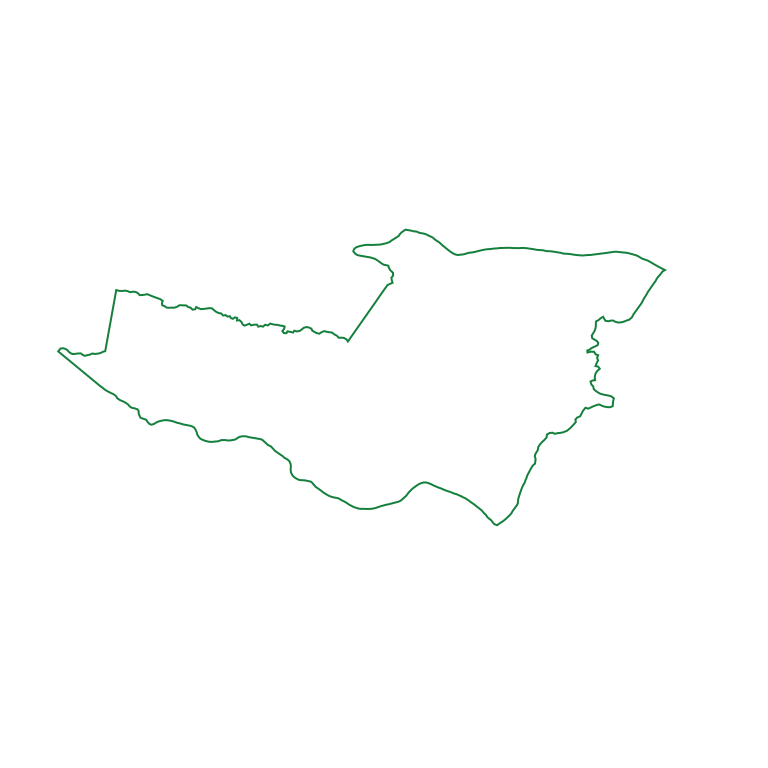 Igarapé-Miri, Pará, Brazil, rotated 73°
{"feature_id": "56859067B62741857059247", "entity_name": "Igarapé-Miri", "entity_type": "district", "adm_level": 2, "iso_a3": "BRA", "parent_name": "Brazil", "parent_adm1": "Pará", "projection": "natural_earth1", "projection_center": [-49.142, -2.076], "detail": "fine", "context": "isolated", "style": "outline", "palette": "green", "viewbox_px": 768, "rotation_deg": 73, "n_neighbors": 0, "source": "geoboundaries", "source_scale": "gbopen_adm2", "svg_char_len": 6117}
<svg xmlns="http://www.w3.org/2000/svg" viewBox="0 0 768 768"><g transform="rotate(73 384 384)"><path d="M357.2,82.0L352.7,86.6L349.1,90.1L345.2,93.6L343.0,95.8L339.6,100.5L335.9,103.8L334.4,105.6L333.2,107.5L331.5,110.1L329.7,113.1L325.4,123.3L324.7,126.1L323.5,134.2L322.7,138.6L321.0,148.7L320.2,151.6L319.2,156.4L318.0,159.6L315.9,164.5L313.8,168.8L311.6,174.6L310.3,176.5L306.7,183.8L305.3,187.1L304.5,189.7L302.8,192.4L300.4,198.6L299.1,201.0L295.7,208.2L294.4,211.6L293.5,215.3L291.6,221.2L290.6,223.6L288.9,229.6L287.8,233.6L287.2,236.9L286.6,239.3L286.0,243.1L285.3,245.8L284.9,248.6L284.6,251.4L284.2,259.2L283.9,261.8L283.3,264.4L283.3,269.9L282.2,275.8L280.7,278.3L278.5,280.5L276.9,281.8L272.5,284.9L270.4,286.2L268.6,287.5L264.6,289.8L262.6,291.6L260.5,293.2L258.1,294.6L255.9,297.1L254.1,299.0L252.6,300.7L251.2,303.1L249.9,305.8L247.8,308.2L246.7,310.9L245.4,312.9L242.7,318.4L244.1,322.8L245.2,324.8L246.7,326.7L247.4,329.1L249.0,334.9L249.9,337.3L250.0,340.4L249.9,343.1L249.7,346.0L249.0,349.1L247.6,354.5L245.9,359.8L245.4,362.6L245.0,366.7L245.2,371.1L246.4,373.4L248.3,374.6L251.0,373.4L252.9,371.8L254.5,369.0L259.1,359.8L261.9,355.8L264.8,353.4L267.8,351.2L269.7,349.6L272.1,345.3L274.1,345.3L276.8,344.8L280.3,342.9L283.0,343.6L284.6,345.9L286.7,346.2L289.7,346.2L290.0,349.1L290.5,351.9L298.7,362.5L303.4,368.4L332.8,406.1L330.4,406.8L328.2,408.9L327.2,411.3L326.6,413.7L324.1,414.9L322.0,417.0L319.7,418.6L317.3,423.6L316.0,425.6L316.1,428.3L317.0,431.1L315.7,433.4L314.1,435.1L312.0,437.0L310.0,437.2L308.3,438.9L306.9,441.3L306.8,444.3L307.8,446.7L308.6,449.1L308.3,451.9L306.8,454.1L308.2,455.8L305.4,460.9L306.9,462.5L306.0,464.9L303.6,465.7L302.2,463.5L300.0,462.2L298.6,464.3L297.7,466.4L296.4,468.3L295.6,470.6L294.5,472.8L293.0,475.0L294.0,477.9L292.6,480.4L293.8,482.9L292.5,484.9L292.4,487.5L290.1,488.1L289.3,490.9L289.0,494.0L287.0,495.1L287.4,500.4L285.5,501.8L283.0,502.2L280.7,503.6L280.3,506.0L277.9,505.1L276.7,507.1L277.5,509.4L276.1,511.2L274.1,511.6L273.8,513.9L271.8,515.3L271.5,517.8L268.9,519.1L267.7,521.6L265.8,523.5L263.5,525.1L261.4,526.3L260.3,529.1L259.9,532.2L258.9,537.2L257.3,539.2L255.5,541.1L257.3,542.7L257.0,545.3L254.5,546.7L253.0,548.9L251.0,550.2L250.3,552.6L249.4,554.7L248.9,557.0L249.7,559.4L249.7,562.5L248.9,564.7L248.3,567.1L247.5,569.4L245.4,571.1L243.8,573.1L241.7,572.7L239.8,571.3L237.3,573.3L234.3,577.4L232.3,580.0L230.5,582.1L228.9,584.2L228.6,586.8L228.3,589.2L227.5,591.7L225.1,592.8L223.2,594.8L222.3,597.2L222.0,600.0L220.3,601.9L219.1,604.1L218.6,606.8L217.5,610.1L215.9,612.6L271.1,641.0L271.0,643.4L271.5,645.8L271.3,648.9L270.7,651.8L269.6,653.9L269.9,656.8L269.7,659.2L269.6,661.9L268.1,663.6L266.1,665.0L265.3,667.9L264.9,670.5L264.3,673.0L262.8,674.8L261.0,676.0L259.1,676.8L257.3,678.4L256.0,680.3L255.5,683.0L257.6,686.0L303.3,655.8L305.1,654.4L307.1,653.1L309.0,651.6L312.7,647.9L314.4,645.9L317.1,643.8L319.6,643.3L322.5,640.9L324.2,638.8L326.3,636.6L328.8,634.7L331.0,633.8L332.9,632.3L334.5,629.4L336.2,627.1L338.2,626.5L340.3,627.2L342.7,627.1L345.2,626.6L348.7,621.8L351.2,621.2L353.6,620.0L355.0,618.2L354.9,615.4L354.2,613.0L353.9,609.7L354.2,606.2L354.7,603.2L355.9,600.4L357.9,596.8L360.3,593.6L362.2,590.4L364.1,587.6L365.9,584.1L367.9,580.5L369.8,578.5L372.3,577.6L375.6,577.2L377.8,577.4L380.2,576.7L382.4,575.8L384.3,573.9L386.4,571.1L388.0,568.4L389.0,565.7L390.3,559.2L390.1,555.8L391.1,552.5L392.6,549.2L393.2,546.2L393.6,543.0L393.0,540.3L392.3,537.8L392.6,534.6L393.6,531.5L395.2,529.0L400.1,519.2L401.7,516.8L403.5,515.7L408.3,512.9L410.6,510.4L416.2,507.7L421.2,503.8L422.9,502.3L425.5,500.8L428.0,498.3L430.4,497.0L433.4,496.7L435.8,497.2L438.3,498.3L441.5,498.8L444.5,498.3L446.6,497.3L448.7,495.6L450.6,493.7L451.8,491.3L452.8,488.3L454.4,485.3L456.0,482.5L457.9,481.3L460.4,480.4L462.5,479.3L467.4,475.5L469.5,474.1L473.0,471.1L474.6,469.6L476.2,467.7L477.6,465.5L479.7,461.4L481.6,459.5L483.2,458.1L484.7,456.4L487.0,454.3L488.9,452.8L492.7,449.1L495.5,445.1L496.6,442.8L497.2,440.6L498.4,437.2L499.3,434.2L500.0,430.5L500.1,428.0L499.9,422.9L500.1,417.1L500.4,414.6L500.8,404.4L500.4,401.9L497.4,395.5L494.7,391.7L492.4,387.4L491.6,385.1L490.7,382.5L490.0,380.1L489.7,377.6L489.7,375.0L490.5,372.5L491.9,370.4L493.6,368.2L495.2,366.6L498.3,363.0L501.1,359.3L503.1,357.1L507.6,350.9L509.2,349.1L510.5,346.9L512.1,345.2L513.6,343.3L515.2,341.8L516.7,340.0L520.1,337.1L522.0,335.8L524.4,333.8L533.3,327.6L537.4,325.8L539.2,324.7L541.3,324.2L543.6,322.8L545.5,321.4L548.2,320.4L550.2,319.6L552.1,317.1L551.0,313.8L550.0,310.3L548.6,306.9L546.3,302.3L545.0,300.1L542.9,297.9L541.0,295.4L539.0,292.6L537.2,290.9L533.1,289.2L530.6,287.5L528.1,285.8L523.6,282.4L521.0,280.1L519.6,278.4L517.2,276.7L515.5,275.2L513.3,273.7L507.6,268.0L505.5,265.6L504.3,262.9L502.0,261.8L499.9,260.9L497.5,261.0L495.4,259.9L492.1,256.2L489.5,255.0L487.6,252.8L485.9,250.2L484.4,247.0L482.6,244.1L479.9,242.9L479.3,240.0L479.9,237.0L481.6,235.2L481.7,232.7L482.2,230.2L482.6,226.9L482.2,222.6L480.4,218.3L477.9,214.0L476.5,211.7L473.9,211.3L472.6,209.2L472.2,205.8L470.3,203.9L468.1,201.9L465.6,198.3L467.3,195.9L466.5,190.1L466.3,187.2L466.4,184.3L468.2,182.3L469.8,180.3L471.5,177.0L472.3,174.6L472.1,171.8L469.8,170.9L467.9,170.1L464.8,168.4L462.2,170.3L460.5,173.0L459.1,175.8L456.8,179.7L454.7,181.8L452.1,183.8L450.2,184.9L447.4,184.6L445.2,185.8L442.0,185.8L441.6,183.3L442.1,181.0L439.2,180.5L436.0,178.8L433.9,176.3L432.5,173.2L430.0,174.1L428.7,176.5L426.3,174.6L424.0,172.4L421.3,172.6L419.0,170.8L417.6,172.9L414.6,173.7L413.6,176.6L413.4,180.2L411.4,179.8L411.3,177.4L410.3,175.0L409.8,171.3L409.3,168.3L407.3,167.1L405.1,167.9L401.1,171.5L398.5,171.2L394.8,167.1L392.5,165.4L390.4,164.4L387.9,163.7L386.1,162.8L385.7,160.4L384.4,157.5L383.8,154.8L386.1,154.3L388.4,153.7L389.7,150.7L389.7,148.3L390.4,146.2L392.2,144.5L393.5,142.5L394.4,139.2L394.5,136.1L394.2,133.3L394.2,130.5L392.5,127.1L390.2,124.9L388.6,122.8L382.0,114.1L378.2,110.3L374.7,106.3L373.0,104.6L371.0,102.0L367.9,98.2L364.9,94.2L363.3,92.6L361.7,90.6L360.2,88.0L357.8,84.7L357.2,82.0Z" fill="none" stroke="#15803d" stroke-width="2"/></g></svg>